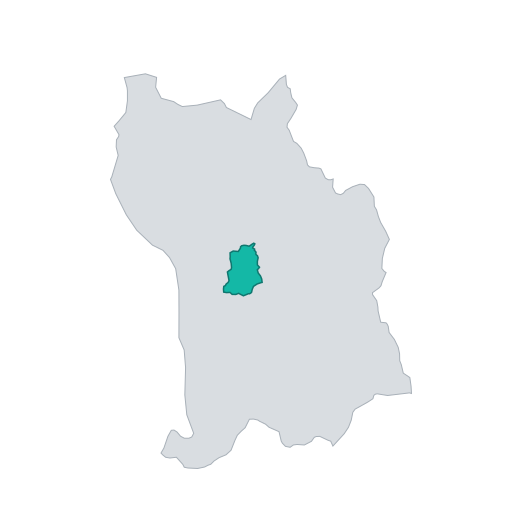 location of Gabrovo within Bulgaria, rotated 258°
{"feature_id": "BGR-2246", "entity_name": "Gabrovo", "entity_type": "Province", "adm_level": 1, "iso_a3": "BGR", "parent_name": "Bulgaria", "parent_adm1": "", "projection": "orthographic", "projection_center": [25.265, 42.966], "detail": "fine", "context": "in_parent", "style": "filled", "palette": "teal", "viewbox_px": 512, "rotation_deg": 258, "n_neighbors": 0, "source": "natural_earth", "source_scale": "10m", "svg_char_len": 3063}
<svg xmlns="http://www.w3.org/2000/svg" viewBox="0 0 512 512"><g transform="rotate(258 256 256)"><path d="M426.5,322.6L417.5,321.4L414.4,321.9L412.5,324.2L408.4,323.9L403.3,324.0L398.0,326.7L395.0,327.9L391.0,325.7L383.5,318.9L378.9,314.2L375.5,313.1L372.2,314.6L360.3,316.5L357.6,319.4L352.1,322.6L346.6,324.1L338.6,325.3L334.4,325.3L332.1,326.8L330.2,331.4L328.9,335.8L327.7,337.6L317.8,340.0L315.6,342.5L315.0,345.0L315.3,347.5L307.3,345.2L301.1,346.9L299.7,348.8L298.4,351.6L299.2,354.5L301.5,357.3L303.7,364.9L304.6,372.6L303.3,377.0L298.7,380.1L289.2,383.6L280.0,382.1L276.0,383.5L269.2,383.9L262.9,384.9L253.2,388.0L244.5,389.9L236.7,383.5L227.4,379.1L217.6,376.5L214.2,378.3L212.8,379.8L204.6,374.1L201.0,372.1L199.3,369.9L195.9,362.3L193.9,362.0L187.2,364.8L180.7,364.6L176.8,364.0L165.3,364.2L163.6,369.3L162.2,370.1L159.7,370.7L153.5,370.3L145.6,374.0L137.1,376.1L130.5,376.1L123.7,374.8L119.6,375.5L110.8,375.7L105.1,381.2L96.5,380.6L89.2,379.5L90.2,377.7L92.2,355.7L96.0,345.9L96.0,343.9L95.2,342.3L92.1,340.7L90.0,335.3L85.6,321.1L83.0,318.2L75.6,315.0L69.2,310.8L63.8,305.3L54.1,291.7L59.3,290.6L60.9,288.0L66.3,280.9L66.9,277.3L66.5,275.3L63.2,271.7L61.1,264.0L63.1,257.0L63.4,253.3L61.8,249.6L63.7,245.2L67.4,242.9L69.7,242.2L79.4,242.0L85.7,233.2L89.5,230.4L93.4,225.4L95.2,223.6L97.0,219.7L97.7,215.6L90.3,209.7L87.8,205.3L84.6,200.5L80.1,197.1L71.2,191.2L67.8,185.4L66.4,177.9L64.2,172.3L61.7,168.5L61.3,165.5L60.3,161.9L60.3,154.7L62.8,145.3L64.3,141.9L67.4,141.1L75.7,136.3L76.3,129.8L77.9,125.8L80.6,123.6L83.0,122.1L87.3,126.0L98.0,132.4L103.1,136.9L102.8,139.6L100.2,142.2L95.4,144.7L92.6,148.1L91.7,152.4L92.3,155.5L95.5,158.2L115.1,155.3L134.9,157.5L161.4,163.9L179.0,166.2L192.1,163.6L216.2,168.8L238.7,173.5L260.3,174.8L272.4,171.1L280.9,166.2L288.1,157.0L306.0,144.7L323.3,137.7L346.1,131.8L361.2,129.6L363.4,131.4L383.0,142.1L391.7,141.9L398.7,143.7L401.4,146.5L403.2,147.2L412.4,144.2L416.7,150.1L423.4,158.5L434.5,162.5L444.4,164.6L447.5,164.9L457.9,164.3L457.2,185.7L451.4,195.9L441.9,192.9L430.0,196.1L424.1,207.6L420.6,211.0L417.5,215.0L415.8,229.8L416.1,253.8L411.6,256.8L407.4,257.9L390.5,279.5L400.8,285.1L405.4,289.5L413.2,301.9L424.2,315.8L426.5,322.6Z" fill="#d9dde1" stroke="#a8b0b8" stroke-width="1"/><path d="M228.9,256.5L228.9,255.6L228.4,251.3L226.8,247.2L224.2,245.4L221.4,244.1L220.8,243.1L220.4,241.9L220.7,240.6L220.4,239.3L219.7,235.4L223.1,231.2L222.6,228.3L223.4,224.7L225.8,223.0L226.3,219.6L227.4,216.9L230.4,217.3L233.0,218.2L233.4,219.9L234.8,221.0L235.9,223.2L237.6,224.5L246.3,224.7L247.3,226.6L248.1,228.9L249.8,229.7L254.0,230.2L258.6,230.0L260.6,230.6L264.5,231.3L265.6,234.7L264.1,239.6L266.9,242.4L268.2,242.8L269.0,244.1L269.0,246.4L268.4,248.5L267.0,251.3L268.5,254.9L269.0,256.5L268.1,257.4L266.8,256.4L265.6,254.9L264.6,254.4L263.0,256.1L261.8,255.6L260.9,256.3L259.7,256.8L258.6,256.4L257.5,256.3L255.9,257.5L253.8,257.7L250.4,256.2L246.9,255.5L244.3,257.1L243.2,255.9L242.3,254.4L239.0,254.6L235.6,256.2L232.3,256.8L228.9,256.5Z" fill="#14b8a6" stroke="#0f766e" stroke-width="1.5"/></g></svg>